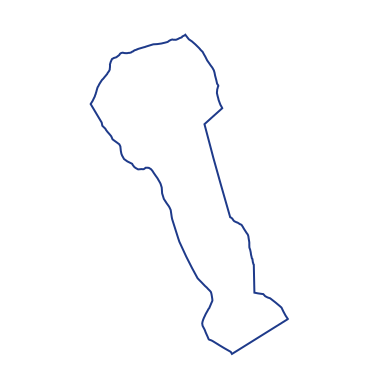 Anse Galet, Anse-la-Raye, Saint Lucia (Equal Earth projection), rotated 8°
{"feature_id": "8701671B94073395823663", "entity_name": "Anse Galet", "entity_type": "district", "adm_level": 2, "iso_a3": "LCA", "parent_name": "Saint Lucia", "parent_adm1": "Anse-la-Raye", "projection": "equal_earth", "projection_center": [-61.043, 13.932], "detail": "fine", "context": "isolated", "style": "outline", "palette": "blue", "viewbox_px": 384, "rotation_deg": 8, "n_neighbors": 0, "source": "geoboundaries", "source_scale": "gbopen_adm2", "svg_char_len": 4579}
<svg xmlns="http://www.w3.org/2000/svg" viewBox="0 0 384 384"><g transform="rotate(8 192 192)"><path d="M304.5,304.6L304.6,304.4L301.9,301.4L299.1,297.6L296.7,294.0L294.6,292.6L290.1,289.8L284.2,286.4L281.5,285.9L279.0,285.0L276.8,283.2L271.5,283.2L267.8,283.0L263.3,255.3L262.8,254.8L262.7,254.6L262.6,254.4L262.5,253.9L262.1,253.2L261.7,251.9L261.5,251.2L261.4,250.7L261.2,250.2L261.0,249.7L260.6,249.5L260.3,248.8L260.1,248.2L260.0,247.9L259.7,247.1L259.5,246.7L259.2,245.9L258.9,244.9L258.7,244.1L258.3,242.9L258.1,242.4L257.6,241.0L257.0,239.9L256.6,239.1L256.5,238.7L256.3,237.6L256.2,237.1L256.2,236.8L256.0,235.8L255.9,234.8L255.7,233.8L255.6,233.4L255.3,232.4L254.9,231.2L254.6,230.2L254.5,229.9L254.3,229.2L254.0,228.1L253.5,227.0L253.1,226.3L252.8,226.0L252.4,225.6L251.9,225.1L250.6,223.6L248.1,220.7L247.8,220.2L246.9,219.1L246.6,218.8L246.2,218.3L245.9,217.9L245.3,217.6L245.0,217.4L244.4,217.2L244.0,217.2L243.5,217.0L243.0,216.7L241.2,215.9L240.6,215.9L239.7,215.6L239.0,215.4L238.1,215.1L237.4,214.7L236.5,213.8L236.2,213.4L235.4,212.6L235.2,212.5L234.9,212.3L234.3,212.0L233.9,211.8L233.6,211.6L233.3,211.6L219.2,179.9L208.3,155.0L204.7,146.4L194.9,123.1L201.0,115.8L210.3,104.8L210.2,104.6L210.0,104.3L209.6,103.8L208.8,102.7L208.3,102.1L208.0,101.7L207.8,101.3L207.0,99.9L206.9,99.7L206.1,98.2L205.8,97.6L205.5,97.1L205.0,95.7L204.0,93.4L203.2,91.3L203.0,90.8L202.9,90.6L202.9,90.3L202.8,89.5L202.8,88.2L202.7,87.4L202.7,87.0L202.8,86.2L202.9,85.8L203.0,84.5L203.1,84.1L203.3,83.4L203.2,82.9L203.1,82.7L202.6,82.2L202.3,81.8L201.8,81.3L200.9,78.9L200.6,78.1L198.7,73.6L197.7,70.7L196.7,68.5L194.8,66.0L194.5,65.7L192.8,64.0L191.0,62.0L190.4,61.4L189.6,60.5L188.8,59.7L186.1,55.8L185.5,55.1L184.6,53.9L182.9,51.6L182.4,51.3L181.2,50.4L180.2,49.6L180.1,49.4L179.1,48.6L178.9,48.4L174.7,45.3L170.7,42.7L170.0,42.4L167.6,41.2L164.7,38.4L164.2,37.9L164.0,37.7L163.8,37.5L163.5,37.2L162.9,37.9L160.8,39.3L160.3,40.3L158.2,41.4L157.1,42.2L156.2,42.8L155.1,43.4L154.8,43.5L153.3,43.7L152.3,43.8L152.0,43.8L151.3,43.7L150.4,44.1L150.0,44.3L149.1,44.9L148.6,45.3L148.4,45.4L147.2,46.6L147.0,46.8L144.4,47.9L141.8,48.9L141.4,49.1L136.9,50.4L133.8,51.0L133.0,51.2L132.8,51.3L131.7,51.8L128.3,53.4L126.4,54.3L124.9,55.1L124.3,55.3L119.2,57.6L117.7,58.4L117.6,58.6L116.0,59.4L115.5,59.6L114.8,60.2L114.6,60.3L114.3,60.8L113.9,61.0L113.4,61.3L113.2,61.4L112.7,61.9L112.4,62.2L110.9,62.9L109.7,63.1L108.6,63.5L108.2,63.6L107.1,63.7L106.6,63.8L105.9,63.8L105.1,63.8L104.6,63.7L104.3,63.7L103.9,63.7L102.6,64.2L101.7,64.9L101.3,65.5L101.1,66.0L100.9,66.5L100.5,66.9L99.6,67.8L98.9,68.5L98.6,68.8L98.4,69.0L98.1,69.2L97.2,69.6L96.2,70.1L95.9,70.2L95.4,70.6L94.8,71.1L94.4,71.3L94.0,72.3L93.8,73.1L93.5,74.1L93.3,75.0L93.2,75.9L93.0,77.0L93.0,77.3L93.2,78.0L93.4,80.1L93.4,81.1L93.5,82.3L93.2,83.2L93.1,83.6L92.6,84.6L91.9,85.9L91.5,87.1L91.2,87.5L90.1,89.3L89.2,90.7L88.7,91.6L88.1,92.5L87.7,93.0L87.2,93.7L85.9,96.5L85.0,98.6L84.9,99.0L84.4,100.5L84.0,101.3L83.9,101.7L83.6,103.6L83.5,104.3L83.3,106.1L83.0,107.7L83.0,108.3L82.8,109.0L82.6,109.7L82.5,110.5L82.4,111.1L81.9,112.5L81.3,114.4L80.8,115.9L80.7,116.1L80.4,116.7L80.2,117.2L79.6,118.5L79.4,119.0L92.9,135.8L94.0,138.9L97.4,141.4L98.2,142.5L99.6,143.9L99.8,144.1L102.7,146.6L104.3,148.1L106.0,150.9L108.2,152.1L110.3,153.2L113.4,154.9L113.8,155.5L114.7,156.8L115.8,161.2L115.9,161.5L116.8,164.1L117.1,164.5L117.6,165.5L120.1,168.8L123.7,170.7L128.8,172.4L129.5,173.4L131.2,175.1L132.3,175.8L133.4,176.3L135.5,177.1L139.0,176.3L140.1,176.3L141.0,176.1L141.5,175.7L141.9,175.3L142.8,174.4L144.8,174.1L145.0,174.1L145.3,174.2L145.9,174.1L148.2,175.1L149.8,176.5L151.6,178.6L153.9,181.1L154.2,181.4L154.4,181.6L156.1,183.4L156.9,184.5L159.1,187.3L159.8,188.4L161.4,191.8L162.6,197.5L165.1,202.8L168.5,206.7L171.0,209.3L171.8,210.3L172.9,212.0L173.4,212.8L175.5,219.9L176.2,221.8L184.8,239.8L186.4,243.0L195.3,256.8L202.7,267.4L209.5,276.6L211.1,277.9L213.6,279.8L217.9,283.2L220.0,284.6L221.3,285.7L222.9,286.9L223.9,287.7L224.6,288.4L225.2,289.6L225.6,290.7L226.1,292.2L226.4,293.2L227.1,295.5L227.1,295.8L227.2,296.2L227.3,296.6L227.2,297.4L226.7,299.0L226.0,301.7L225.5,303.5L225.3,304.4L224.6,305.6L223.6,308.3L223.1,309.5L222.7,310.6L222.4,311.4L222.0,312.8L221.8,313.5L221.4,314.6L220.8,317.0L220.5,318.8L220.4,320.7L221.1,323.0L221.4,323.4L222.1,324.4L223.2,325.9L224.0,327.1L224.9,328.8L226.0,330.6L227.4,332.8L228.4,334.5L228.8,335.2L229.2,335.6L229.5,335.8L232.0,336.3L233.8,337.0L240.6,340.0L245.8,342.2L252.6,344.9L254.1,346.8L259.5,342.3L304.5,304.6Z" fill="none" stroke="#1e3a8a" stroke-width="2"/></g></svg>